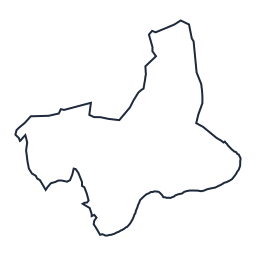 outline of Oju, Benue, Nigeria
{"feature_id": "59680162B46226733150895", "entity_name": "Oju", "entity_type": "district", "adm_level": 2, "iso_a3": "NGA", "parent_name": "Nigeria", "parent_adm1": "Benue", "projection": "equal_earth", "projection_center": [8.388, 6.875], "detail": "fine", "context": "isolated", "style": "outline", "palette": "slate", "viewbox_px": 256, "rotation_deg": 0, "n_neighbors": 0, "source": "geoboundaries", "source_scale": "gbopen_adm2", "svg_char_len": 2369}
<svg xmlns="http://www.w3.org/2000/svg" viewBox="0 0 256 256"><path d="M45.7,189.9L47.7,186.9L50.9,183.2L55.3,182.0L58.4,180.5L61.5,180.5L65.0,181.2L67.1,181.7L70.0,180.2L72.4,174.3L73.7,168.6L75.7,169.1L78.3,172.8L79.8,176.5L82.0,182.0L82.0,184.4L82.0,185.9L84.3,187.2L86.6,193.1L88.1,198.6L88.6,200.5L87.1,202.5L84.5,202.8L82.7,203.8L86.6,206.2L89.7,208.0L91.7,214.2L91.7,216.1L94.3,214.9L96.5,217.6L94.3,220.6L93.7,224.3L95.3,226.7L95.7,227.3L100.1,234.8L102.1,234.2L103.9,234.8L105.3,235.5L107.6,235.5L109.5,234.9L110.8,234.9L112.7,234.3L114.5,233.7L116.9,232.4L118.7,231.8L120.6,230.6L122.0,230.0L124.3,228.7L125.7,227.5L127.1,226.9L129.4,224.4L130.8,222.5L131.7,220.7L132.6,219.4L133.6,216.9L134.5,214.4L135.4,213.2L135.9,210.7L137.3,207.6L137.8,205.7L138.1,204.9L139.2,202.6L140.1,200.1L142.0,198.2L143.9,196.4L146.2,194.5L147.1,193.9L149.0,193.3L150.8,192.0L152.7,192.0L154.1,191.4L155.9,191.5L157.3,191.5L159.1,192.1L160.5,193.4L162.3,195.3L163.3,197.2L164.6,197.2L166.5,197.8L167.4,197.8L168.8,197.8L170.7,197.9L172.0,197.2L173.9,196.6L175.3,195.4L178.5,194.2L181.8,193.6L184.5,191.7L186.9,191.1L189.6,190.5L192.9,190.5L195.6,190.6L197.5,190.6L201.2,191.2L204.0,190.6L206.7,189.4L209.1,188.8L211.8,188.2L215.1,187.6L218.8,185.8L221.6,184.5L224.3,182.7L226.7,182.1L229.0,180.9L230.4,180.2L232.2,179.0L233.1,177.8L233.2,177.7L234.1,176.5L235.5,174.7L236.4,173.4L236.9,172.2L238.7,169.7L240.1,165.9L240.2,163.4L240.2,161.5L240.6,158.4L239.7,156.5L238.8,154.6L237.4,154.0L236.1,152.1L234.2,151.5L232.8,150.2L231.9,149.6L230.1,147.7L228.2,145.8L226.9,143.9L225.5,142.6L224.8,141.6L223.5,142.5L221.0,140.5L216.5,137.9L203.0,126.8L196.2,123.2L198.4,114.3L202.4,103.2L202.4,96.3L202.0,90.3L201.2,84.0L196.6,72.4L193.6,41.4L191.8,38.5L189.0,24.5L180.7,20.5L174.2,24.6L155.7,32.3L152.1,30.9L149.3,34.1L149.0,34.5L149.0,34.9L152.5,47.2L152.4,51.2L156.0,56.2L145.4,66.3L145.9,74.5L145.4,76.7L145.2,78.8L143.5,88.7L141.5,89.8L138.4,92.5L137.6,93.8L133.6,100.2L129.9,107.5L119.3,120.1L117.3,119.9L108.6,118.9L100.5,117.2L94.1,117.1L89.3,114.9L90.9,102.8L64.1,109.9L60.8,109.2L58.8,113.5L48.6,115.8L30.8,116.3L24.9,122.8L19.0,127.7L16.5,130.2L15.4,134.7L18.9,138.1L19.9,140.9L20.9,140.2L22.1,138.6L25.3,135.1L27.2,142.4L26.1,150.4L27.6,162.1L28.9,168.6L31.9,173.5L35.8,175.8L37.2,178.6L39.9,180.1L42.9,185.1L45.7,189.9Z" fill="none" stroke="#1e293b" stroke-width="2"/></svg>